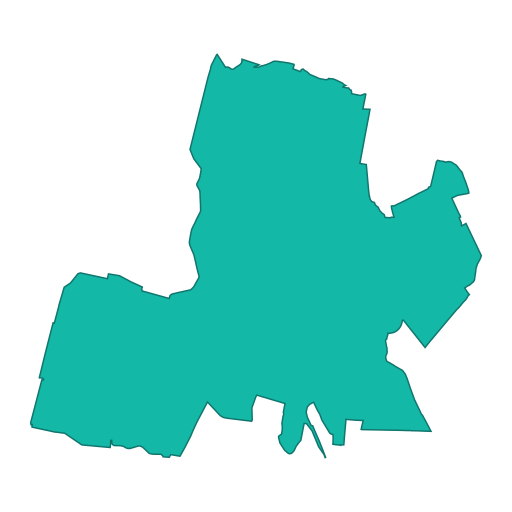 Medgidia, Constanta, Romania, rotated 90°
{"feature_id": "2599482B71920226785357", "entity_name": "Medgidia", "entity_type": "district", "adm_level": 2, "iso_a3": "ROU", "parent_name": "Romania", "parent_adm1": "Constanta", "projection": "equal_earth", "projection_center": [28.275, 44.229], "detail": "fine", "context": "isolated", "style": "filled", "palette": "teal", "viewbox_px": 512, "rotation_deg": 90, "n_neighbors": 0, "source": "geoboundaries", "source_scale": "gbopen_adm2", "svg_char_len": 5908}
<svg xmlns="http://www.w3.org/2000/svg" viewBox="0 0 512 512"><g transform="rotate(90 256 256)"><path d="M294.7,42.6L291.8,44.8L288.0,47.3L287.9,47.0L285.9,44.5L285.7,43.7L285.1,42.5L282.0,38.8L280.6,37.8L279.8,37.5L274.5,36.8L273.1,36.5L268.5,36.0L264.1,34.6L258.9,31.8L257.5,31.3L255.6,30.7L223.5,46.0L225.9,50.5L222.6,50.8L217.7,52.9L217.0,51.4L215.3,52.0L214.6,52.5L213.5,53.1L198.1,60.2L195.5,54.7L195.2,53.5L193.8,45.8L193.2,43.2L192.0,43.2L189.6,43.8L182.7,46.1L176.1,48.7L174.1,49.3L172.3,49.9L171.6,50.5L169.9,52.0L165.3,55.6L164.6,56.6L163.3,58.7L162.2,60.3L161.9,61.3L161.6,62.7L161.6,63.7L161.9,65.3L162.3,66.5L162.1,66.6L161.5,68.2L161.3,69.1L161.1,71.2L160.3,74.4L161.6,75.5L182.4,80.4L186.4,81.4L186.7,81.7L186.9,82.6L187.2,83.3L187.6,83.5L188.0,83.6L188.6,83.6L189.2,84.8L192.4,91.2L192.8,92.0L193.2,92.9L193.4,93.6L193.9,94.3L194.8,95.9L199.4,104.6L205.9,118.0L205.9,120.1L206.0,120.6L208.0,120.5L209.0,120.2L211.9,119.5L217.3,118.0L217.2,120.8L217.8,121.5L217.7,123.3L217.6,124.1L217.5,126.9L214.8,127.7L214.0,128.6L213.1,130.0L212.3,130.6L211.3,131.7L210.3,132.4L208.0,133.5L207.5,133.7L206.9,134.2L205.7,135.9L204.8,136.7L203.8,137.1L202.8,137.4L202.3,137.8L202.0,139.3L201.7,140.0L201.5,140.3L199.5,141.7L197.3,142.4L196.3,142.4L196.1,142.7L191.4,143.3L164.5,145.7L164.4,146.8L163.4,152.1L136.9,147.2L115.9,143.2L109.3,142.0L109.0,149.1L94.2,146.2L94.0,146.6L93.9,147.0L94.0,147.6L95.2,150.7L95.3,151.2L95.4,152.0L94.0,158.8L93.6,160.5L91.9,160.4L90.1,160.9L90.0,161.6L89.9,161.8L89.2,162.4L88.9,162.7L87.9,163.4L88.0,164.8L87.5,166.7L87.4,168.2L87.1,169.1L86.1,168.5L86.0,168.0L85.7,167.4L85.4,166.4L84.8,167.6L84.6,167.9L83.8,168.8L83.0,169.7L81.0,173.9L80.2,175.6L79.0,178.5L78.8,180.1L78.5,183.5L78.8,183.7L79.4,183.9L79.7,186.4L78.6,192.5L74.3,202.4L73.1,203.5L71.6,205.3L70.6,207.1L69.0,208.9L69.0,209.0L69.7,210.7L71.6,211.5L68.8,219.0L64.9,217.8L64.3,218.2L63.0,223.0L61.2,235.7L61.3,238.4L63.0,241.8L64.5,245.3L65.7,249.2L65.8,250.4L67.0,252.8L67.2,253.5L67.2,257.9L66.6,257.6L65.9,255.7L65.3,253.6L64.8,252.9L59.2,270.0L61.9,270.2L62.7,270.4L63.2,270.8L64.1,271.4L65.3,272.9L66.5,275.0L68.9,278.2L69.2,278.9L69.3,280.0L69.0,280.8L67.9,282.3L67.0,284.1L67.1,286.1L67.4,286.5L66.2,287.2L54.4,294.8L54.8,295.4L64.9,300.5L67.7,301.4L68.2,301.3L68.5,301.3L71.0,302.1L77.4,304.0L89.8,307.1L149.4,322.0L158.8,318.2L168.7,310.8L170.4,311.0L173.4,311.5L177.7,312.3L179.1,312.8L182.9,314.7L183.7,315.1L184.2,315.2L185.1,315.1L185.9,314.9L189.6,312.8L190.8,312.3L191.5,312.1L195.3,311.9L196.7,311.9L204.7,311.5L210.7,311.4L211.5,311.6L212.3,311.9L218.8,315.3L221.6,316.5L224.1,317.7L226.6,319.0L229.4,320.3L234.5,321.4L240.9,322.5L242.0,322.6L243.2,322.6L244.4,322.4L246.1,321.8L254.3,318.3L255.3,318.0L255.2,318.0L263.0,316.2L270.2,314.6L275.7,313.1L276.8,313.0L277.8,313.2L284.3,316.9L286.5,318.0L288.1,319.5L289.2,320.6L289.6,321.2L289.9,321.6L290.3,323.6L290.8,325.8L292.6,333.9L294.0,339.8L294.3,340.5L294.8,341.2L295.9,342.1L296.5,342.3L297.4,342.5L298.5,342.7L291.2,369.0L291.2,369.3L291.3,369.7L290.5,369.9L289.3,370.3L289.0,370.3L288.3,370.1L287.4,369.7L287.0,369.7L281.8,381.1L276.3,391.4L275.7,392.6L273.9,403.5L278.7,404.6L272.9,431.6L273.7,434.0L283.0,441.5L287.2,447.8L305.3,453.1L305.9,453.1L323.2,457.7L322.8,458.9L352.4,466.5L377.8,472.7L377.9,472.3L377.9,470.0L379.0,468.5L379.9,468.5L379.9,470.2L380.1,470.2L421.8,481.1L422.9,481.3L424.7,481.0L424.5,479.8L425.3,479.8L425.6,480.0L427.1,480.0L430.3,465.3L430.3,465.1L432.1,457.0L432.1,456.0L433.0,449.4L433.2,447.3L435.4,444.1L444.9,430.2L447.5,401.8L442.1,401.3L440.4,401.3L440.3,400.3L443.3,400.1L443.8,399.9L444.4,399.6L444.8,399.1L445.1,398.6L445.4,398.0L445.6,397.4L445.6,394.1L445.7,391.5L446.4,388.5L447.4,386.8L448.1,385.4L448.4,384.4L448.5,382.0L446.6,375.6L446.0,373.2L445.9,372.1L447.2,369.3L453.1,363.1L453.4,362.8L453.9,360.9L454.1,359.7L454.2,357.4L454.3,354.9L454.2,352.3L454.3,350.9L455.5,349.6L456.1,349.1L456.5,348.9L456.8,348.9L457.3,342.7L454.7,341.4L454.7,341.0L456.2,332.0L447.4,327.1L443.1,324.9L435.9,321.2L430.8,319.1L421.9,315.0L402.0,304.5L415.5,291.9L417.4,288.8L418.0,286.1L418.4,283.4L421.2,260.4L420.4,259.9L419.3,259.8L408.3,260.1L407.5,260.0L397.2,256.3L395.1,255.3L403.5,227.0L412.4,228.7L414.1,228.2L416.4,229.0L421.0,229.7L422.4,229.9L423.3,230.1L426.7,229.7L430.0,229.8L433.9,230.4L436.2,233.3L437.1,233.5L442.9,232.1L450.1,227.5L453.4,223.7L453.8,222.2L453.3,220.4L451.4,218.5L450.1,217.6L446.2,215.8L441.4,212.2L440.5,211.2L423.5,207.9L423.6,205.5L431.0,199.9L446.9,193.3L454.5,188.0L457.6,186.9L457.4,186.4L448.7,189.7L440.4,193.0L429.7,197.7L425.8,199.3L425.4,200.9L417.1,204.7L412.2,205.8L408.1,205.0L406.8,204.5L404.4,202.4L402.2,198.4L409.6,194.9L414.6,192.1L419.9,190.2L425.4,186.9L432.7,182.5L433.5,181.9L434.2,180.3L434.5,179.1L436.1,178.9L440.5,178.9L442.1,179.0L444.3,179.1L445.1,172.3L445.1,171.5L445.3,171.2L444.8,171.0L444.9,168.2L433.8,167.3L419.3,166.0L419.5,164.7L420.2,155.9L420.5,149.6L420.5,148.8L427.4,150.5L428.2,150.6L428.9,150.6L429.1,150.7L429.3,150.9L429.6,150.5L430.3,112.7L430.6,102.7L430.4,102.2L430.4,101.7L430.7,101.1L430.8,95.4L431.3,82.3L431.3,81.0L421.0,86.4L415.3,89.5L415.2,89.5L414.1,90.7L411.5,91.8L399.6,97.5L387.8,101.8L377.9,105.1L376.7,105.7L374.8,106.4L373.7,107.0L370.4,109.5L370.0,110.2L368.1,113.6L366.2,117.0L365.2,118.3L361.2,125.3L358.1,126.3L356.2,126.2L355.4,126.0L353.6,125.1L351.0,124.8L350.1,125.2L348.4,124.9L347.3,125.3L341.8,126.3L340.8,126.4L339.7,126.2L339.2,125.8L338.9,125.2L338.0,125.2L334.5,124.1L333.3,124.2L333.3,123.2L333.1,121.3L332.9,120.0L332.6,118.8L332.0,117.3L331.1,115.7L330.2,114.5L328.7,113.0L327.0,111.8L325.5,111.0L323.6,110.3L322.5,110.0L320.6,109.7L320.2,109.4L320.1,108.9L320.6,108.3L341.5,91.7L346.2,88.0L347.5,86.9L345.7,85.5L341.6,82.2L337.7,78.9L321.1,65.0L309.5,55.2L307.5,53.1L302.5,49.0L299.6,46.2L298.4,45.3L295.4,43.7L294.7,42.6Z" fill="#14b8a6" stroke="#0f766e" stroke-width="1.5"/></g></svg>